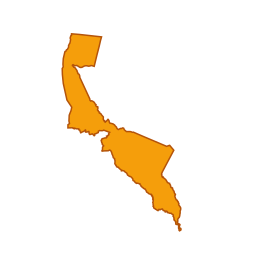 Igembe Central, Eastern, Kenya, rotated 25°
{"feature_id": "3690345B70498422733273", "entity_name": "Igembe Central", "entity_type": "district", "adm_level": 2, "iso_a3": "KEN", "parent_name": "Kenya", "parent_adm1": "Eastern", "projection": "orthographic", "projection_center": [38.046, 0.325], "detail": "fine", "context": "isolated", "style": "filled", "palette": "amber", "viewbox_px": 256, "rotation_deg": 25, "n_neighbors": 0, "source": "geoboundaries", "source_scale": "gbopen_adm2", "svg_char_len": 5940}
<svg xmlns="http://www.w3.org/2000/svg" viewBox="0 0 256 256"><g transform="rotate(25 128 128)"><path d="M173.1,126.1L172.7,126.4L170.8,128.3L145.4,129.2L134.6,129.5L133.7,130.1L132.5,130.1L131.5,130.3L128.1,131.9L125.5,131.2L124.1,130.0L123.1,130.2L122.0,131.5L121.3,131.6L120.3,133.0L119.8,133.5L118.2,133.1L117.2,132.1L115.0,131.3L114.6,130.9L113.6,130.8L112.9,130.6L112.6,130.7L112.0,130.7L110.1,131.1L109.4,131.2L108.6,130.6L107.5,129.2L107.0,129.0L106.5,128.6L106.2,128.6L105.5,131.1L105.1,131.6L104.9,132.3L104.5,132.2L104.3,132.0L104.1,132.1L103.2,131.6L103.4,131.3L102.9,131.2L101.9,130.6L101.3,129.1L101.0,128.4L98.7,127.4L97.5,126.6L96.8,126.5L95.8,126.6L95.7,126.4L95.8,126.1L95.5,125.7L95.0,125.8L94.8,125.6L94.1,125.4L93.7,124.9L92.9,124.7L92.7,124.5L92.5,123.2L92.2,122.4L91.8,122.2L91.7,121.6L91.4,121.5L90.3,121.9L89.3,121.2L89.1,120.8L89.1,120.3L88.1,120.1L86.6,119.0L84.5,118.6L83.3,118.8L83.0,119.1L82.7,119.3L81.6,118.8L81.2,117.9L62.8,102.4L62.4,101.4L62.2,101.2L61.8,100.7L60.9,100.0L60.0,99.9L59.7,99.9L59.4,99.7L59.1,99.1L57.7,98.0L57.6,97.6L57.2,97.3L56.4,96.9L55.9,96.6L55.4,96.4L55.3,96.1L54.2,95.7L53.1,95.8L53.0,95.5L52.7,95.3L51.3,95.0L51.1,94.7L51.1,94.3L51.5,93.8L52.9,94.0L53.4,93.9L54.3,93.6L55.0,93.0L55.2,92.9L58.3,93.3L59.1,93.3L60.5,92.6L62.3,90.2L63.3,89.5L64.6,88.9L65.6,88.8L66.4,88.5L67.4,87.8L68.1,87.0L69.2,86.7L71.3,86.4L69.0,75.0L67.3,65.9L66.1,60.3L65.5,56.6L44.0,63.9L37.0,66.5L37.2,67.2L37.6,67.6L37.5,68.2L37.2,68.6L37.5,70.7L37.6,71.0L38.2,71.6L38.6,72.2L38.8,72.7L38.8,73.2L39.2,74.2L39.5,76.1L39.3,76.5L39.3,78.5L40.0,79.9L39.8,82.4L39.2,83.2L39.2,84.8L38.6,85.3L38.6,85.7L40.0,92.4L42.1,97.7L43.4,99.9L43.4,100.9L43.2,101.8L45.9,107.2L50.6,115.1L60.8,128.4L68.2,132.9L69.0,136.2L69.3,141.2L71.5,146.6L73.1,148.7L72.2,150.4L73.5,153.3L77.5,151.3L78.5,151.2L78.6,151.5L79.7,151.4L79.8,150.7L81.4,150.6L83.7,149.6L84.2,150.4L85.0,150.2L86.8,152.0L87.2,151.8L87.4,152.1L88.4,150.7L89.3,149.8L90.0,148.6L90.1,147.8L90.4,147.8L90.6,148.0L91.3,149.6L92.0,149.3L92.9,148.7L93.9,147.7L94.2,147.9L94.9,149.2L95.7,150.0L95.9,150.1L96.5,149.9L98.1,148.4L98.6,148.5L100.6,149.3L100.9,148.9L100.9,148.6L100.3,147.5L101.7,146.3L102.1,145.8L102.2,145.4L103.0,144.7L102.5,143.4L103.5,142.2L103.8,142.2L105.2,141.6L106.0,141.2L106.6,140.7L106.9,140.2L113.1,139.7L113.0,139.9L112.9,141.8L113.2,142.1L113.5,142.2L113.3,142.9L112.1,144.4L112.8,144.6L112.5,146.1L111.2,146.8L110.7,147.2L110.1,147.9L109.3,148.4L109.1,148.6L109.0,149.0L109.0,149.4L109.2,149.8L109.2,150.1L108.9,150.5L110.5,152.5L110.9,152.6L111.2,152.9L111.6,153.7L112.5,154.1L113.0,154.2L113.5,154.5L113.1,155.7L113.1,156.3L113.2,156.6L113.9,158.1L114.0,158.8L114.0,159.7L114.3,159.9L116.1,158.8L119.7,157.0L120.4,156.0L120.6,155.8L121.2,155.7L122.1,156.0L122.9,156.5L123.0,156.7L124.0,157.6L124.4,158.3L125.2,158.8L125.6,159.3L126.4,160.0L127.2,161.1L127.8,161.2L128.9,161.5L129.1,162.2L129.3,162.5L129.8,162.7L130.0,163.0L130.9,165.1L131.0,165.6L131.2,165.9L132.0,166.5L132.7,166.7L132.8,167.0L133.4,167.2L134.0,167.9L134.3,167.7L135.2,167.9L135.6,167.7L136.0,167.7L136.8,168.2L137.8,168.5L138.1,168.6L139.6,168.9L139.8,169.0L140.1,169.6L140.4,169.5L140.6,168.9L141.3,168.9L142.2,168.6L142.6,168.6L144.3,169.2L145.6,169.3L146.7,170.0L147.1,170.6L147.8,170.9L148.6,170.9L149.7,171.3L150.3,171.0L150.8,171.0L151.7,171.1L152.0,171.3L153.1,171.7L153.6,171.9L153.9,172.2L154.5,173.1L154.7,173.4L155.0,173.5L156.4,173.5L157.4,174.3L159.0,174.6L159.2,174.2L159.6,174.2L160.3,173.9L161.7,173.8L162.3,173.5L162.7,174.1L164.1,174.7L164.5,175.3L165.5,175.5L166.2,175.8L167.0,175.8L167.2,176.0L167.9,176.2L169.3,176.1L169.4,176.4L170.8,176.9L171.4,177.7L172.0,178.2L173.1,178.1L174.1,178.7L175.2,178.7L176.7,178.5L177.3,178.2L177.6,178.4L177.8,179.2L178.4,179.1L178.7,179.2L178.6,179.6L178.8,179.9L179.5,179.9L179.7,180.5L180.3,180.7L180.5,181.1L180.3,181.5L180.4,181.8L180.9,182.0L181.2,182.3L181.0,182.6L181.3,182.8L181.8,183.8L181.9,185.0L182.6,185.7L183.3,187.1L183.8,187.5L183.9,187.8L183.8,188.3L184.5,188.6L185.0,189.4L185.6,189.7L186.0,189.8L186.9,189.7L187.3,190.0L188.4,189.9L189.0,190.2L190.1,190.2L190.2,189.7L190.5,189.3L190.4,189.1L190.4,188.7L190.6,188.6L191.7,188.5L192.4,187.5L193.0,187.2L193.2,186.9L193.6,186.9L194.5,187.7L194.8,187.9L195.0,187.9L195.6,187.6L196.4,187.6L197.0,188.3L197.5,188.2L197.5,187.5L197.7,187.2L198.5,187.1L198.8,187.1L199.4,187.5L199.3,187.9L199.5,188.0L200.9,187.7L202.1,187.6L203.1,187.0L203.9,187.4L205.3,187.4L205.8,187.7L206.0,187.9L206.0,188.8L207.2,189.5L207.7,190.2L207.8,190.5L208.3,191.0L208.5,191.2L208.4,191.7L208.6,191.9L210.9,192.7L211.1,193.5L211.5,194.0L211.7,194.5L212.0,194.9L212.3,195.0L212.6,195.0L213.2,194.7L214.1,194.6L214.3,194.5L214.8,194.5L215.0,194.7L216.1,197.3L216.4,197.7L217.5,198.6L217.4,199.0L217.6,199.2L218.2,199.4L219.0,198.2L218.9,197.6L218.7,197.1L218.1,196.7L217.5,196.8L216.7,196.4L216.1,195.5L216.1,194.6L216.0,194.3L215.9,193.6L215.4,193.4L213.4,193.2L213.0,193.1L212.6,192.4L212.5,191.3L212.3,190.9L211.9,190.6L211.7,189.4L211.8,188.6L212.2,187.1L212.0,185.8L211.6,184.5L211.3,183.8L211.3,183.2L210.3,181.1L210.3,180.1L210.0,179.0L209.3,177.9L208.8,177.5L208.3,177.4L207.9,177.0L206.4,176.2L206.1,175.0L205.5,174.7L205.0,174.0L204.7,173.7L204.1,173.7L203.4,172.9L202.7,172.6L202.3,172.7L201.9,172.6L200.4,171.3L200.1,170.9L199.6,170.5L199.1,169.7L199.0,169.0L199.2,168.8L199.0,168.0L198.7,167.9L198.1,167.8L197.7,167.4L197.4,167.2L196.7,166.2L196.2,165.7L195.7,165.6L195.5,165.4L194.2,164.5L193.9,164.2L193.9,163.7L193.0,163.4L192.5,163.7L191.9,163.6L190.5,161.7L189.7,161.4L189.5,161.1L189.2,160.9L189.1,160.6L187.9,160.8L187.6,160.7L187.2,160.8L186.6,160.4L186.2,160.4L185.3,159.6L183.8,158.7L181.9,158.3L181.4,158.0L181.2,158.0L180.9,157.9L180.7,157.6L180.4,157.5L180.1,158.1L179.9,158.0L179.1,157.3L178.7,156.6L178.2,156.2L178.1,155.9L178.2,155.7L177.7,155.0L177.7,152.3L178.9,128.8L173.1,126.1Z" fill="#f59e0b" stroke="#b45309" stroke-width="1.5"/></g></svg>